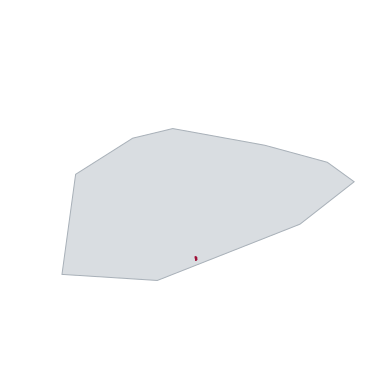 L'Union, Praslin, Saint Lucia (highlighted), rotated 66°
{"feature_id": "8701671B12184767464675", "entity_name": "L'Union", "entity_type": "district", "adm_level": 2, "iso_a3": "LCA", "parent_name": "Saint Lucia", "parent_adm1": "Praslin", "projection": "albers", "projection_center": [-60.901, 13.877], "detail": "fine", "context": "in_parent", "style": "filled", "palette": "rose", "viewbox_px": 384, "rotation_deg": 66, "n_neighbors": 0, "source": "geoboundaries", "source_scale": "gbopen_adm2", "svg_char_len": 686}
<svg xmlns="http://www.w3.org/2000/svg" viewBox="0 0 384 384"><g transform="rotate(66 192 192)"><path d="M258.7,259.7L214.4,344.3L128.5,291.1L118.7,224.3L126.2,183.8L178.9,106.5L219.9,56.3L248.6,39.7L265.3,106.4L258.7,259.7Z" fill="#d9dde1" stroke="#a8b0b8" stroke-width="1"/><path d="M253.8,214.5L252.7,214.9L252.7,215.1L252.7,215.4L253.0,215.4L253.1,215.5L253.3,215.7L253.5,215.7L253.8,215.8L254.0,215.8L254.1,215.7L254.3,215.7L254.5,215.7L254.6,215.8L255.6,216.2L255.8,216.3L255.9,216.1L255.9,215.7L255.6,215.3L255.5,215.1L255.4,215.0L254.8,215.0L254.6,214.9L254.3,214.8L254.2,214.8L254.2,214.7L253.9,214.6L253.8,214.5Z" fill="#f43f5e" stroke="#9f1239" stroke-width="1.5"/></g></svg>